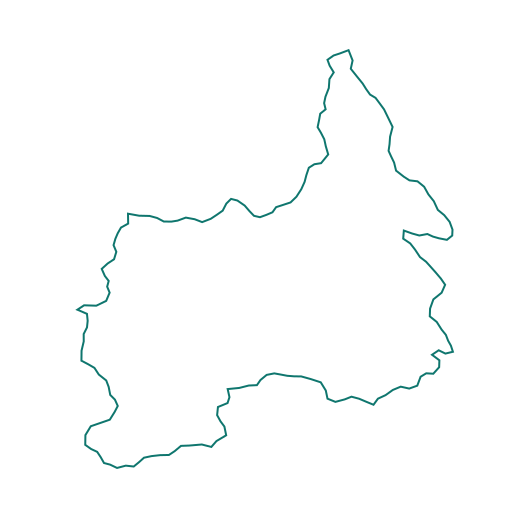 Gonzaga, Minas Gerais, Brazil (Albers equal-area conic projection), rotated 261°
{"feature_id": "56859067B49694268635094", "entity_name": "Gonzaga", "entity_type": "district", "adm_level": 2, "iso_a3": "BRA", "parent_name": "Brazil", "parent_adm1": "Minas Gerais", "projection": "albers", "projection_center": [-42.499, -18.87], "detail": "fine", "context": "isolated", "style": "outline", "palette": "teal", "viewbox_px": 512, "rotation_deg": 261, "n_neighbors": 0, "source": "geoboundaries", "source_scale": "gbopen_adm2", "svg_char_len": 2554}
<svg xmlns="http://www.w3.org/2000/svg" viewBox="0 0 512 512"><g transform="rotate(261 256 256)"><path d="M444.8,379.6L442.9,370.3L441.9,364.0L438.6,357.3L432.5,358.5L425.2,361.5L419.2,356.2L410.5,354.2L402.4,349.5L396.3,347.2L390.0,347.7L386.5,341.7L380.2,339.5L373.6,337.0L367.6,339.4L360.6,341.7L353.5,342.1L345.0,343.2L337.5,334.8L337.5,328.0L334.9,322.0L328.0,318.4L321.6,315.6L314.9,311.2L308.2,305.2L303.5,298.5L302.1,289.9L301.1,283.5L296.6,279.1L295.0,272.7L293.7,266.0L296.0,260.3L301.3,256.6L307.6,252.7L313.7,246.3L316.3,240.3L312.4,234.9L306.0,230.2L302.9,223.9L299.8,217.1L297.9,208.1L301.9,201.2L304.9,192.7L303.2,184.1L303.2,177.7L304.5,170.3L309.0,164.3L312.2,157.2L314.1,146.8L317.8,136.2L308.0,134.8L305.2,127.1L300.1,123.0L295.0,119.8L289.0,117.0L282.0,118.7L275.0,115.3L271.8,108.3L267.4,101.6L259.9,103.6L254.4,106.6L249.0,104.2L242.7,105.7L235.1,101.0L231.9,90.5L234.2,78.5L230.9,71.2L225.3,80.0L218.3,79.6L211.9,77.9L205.9,73.6L198.6,72.5L189.8,68.9L179.9,67.2L175.2,73.5L170.8,78.9L163.5,82.2L156.5,88.6L149.8,90.0L141.6,90.3L136.2,94.2L129.5,96.0L124.1,92.0L117.2,86.0L115.3,75.3L113.7,66.2L105.8,59.5L96.2,57.8L91.2,62.9L87.4,68.5L81.7,71.1L75.3,73.5L72.8,79.2L68.4,85.6L69.3,94.6L67.2,102.3L70.6,108.1L74.3,113.8L74.7,121.5L74.3,130.1L73.1,138.9L76.0,145.2L80.2,152.2L79.2,160.6L78.3,173.0L74.4,182.0L79.4,188.0L83.6,198.5L92.5,198.1L98.2,195.1L104.9,192.7L112.8,194.8L115.2,204.9L120.7,207.7L129.0,207.2L128.3,218.8L129.2,228.6L128.3,236.7L132.8,241.0L136.9,247.9L137.2,255.7L135.0,262.0L132.8,268.1L131.2,274.8L130.0,281.8L125.9,290.8L121.1,300.2L112.2,303.9L103.9,304.3L99.5,311.6L100.5,321.2L102.1,328.3L98.9,335.5L94.6,342.4L90.7,348.8L96.0,354.1L98.3,362.2L102.3,370.2L104.3,378.5L101.1,386.6L102.7,395.0L111.0,399.7L113.5,405.8L112.0,412.7L117.5,419.5L124.3,420.8L130.9,414.4L134.3,421.7L130.0,427.8L130.6,435.5L136.9,434.5L142.3,432.5L148.4,431.2L154.3,427.8L162.6,424.2L169.2,418.2L176.8,419.7L185.4,424.4L190.7,433.6L198.0,438.3L204.7,435.1L211.3,431.1L217.1,427.4L223.7,423.1L229.3,417.8L237.4,414.1L244.3,410.3L250.1,404.1L258.0,406.0L253.8,413.7L250.7,420.5L250.9,428.7L247.5,433.8L244.9,439.4L242.1,447.1L245.5,453.0L251.3,454.2L259.4,452.6L266.9,448.3L273.1,442.8L282.3,440.2L289.9,435.9L298.1,432.9L304.5,427.2L306.7,419.4L311.2,414.4L318.4,407.7L326.7,407.0L333.3,405.0L339.1,403.4L345.6,405.4L352.9,407.1L362.1,411.1L371.0,408.4L380.8,405.4L388.2,401.6L393.5,398.8L397.6,393.9L403.6,390.9L409.7,388.3L417.3,383.9L426.1,378.9L434.0,382.0L444.8,379.6Z" fill="none" stroke="#0f766e" stroke-width="2"/></g></svg>